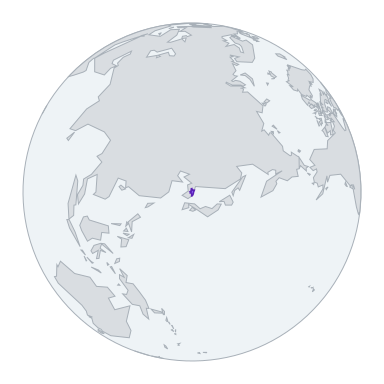 Gangwon on an orthographic globe, rotated 47°
{"feature_id": "KOR-2496", "entity_name": "Gangwon", "entity_type": "Province", "adm_level": 1, "iso_a3": "KOR", "parent_name": "South Korea", "parent_adm1": "", "projection": "orthographic", "projection_center": [128.239, 37.618], "detail": "fine", "context": "on_globe", "style": "filled", "palette": "violet", "viewbox_px": 384, "rotation_deg": 47, "n_neighbors": 0, "source": "natural_earth", "source_scale": "10m", "svg_char_len": 12447}
<svg xmlns="http://www.w3.org/2000/svg" viewBox="0 0 384 384"><g transform="rotate(47 192 192)"><circle cx="192" cy="192" r="169" fill="#eef3f6" stroke="#a8b0b8"/><path d="M319.5,290.4L319.4,291.1L319.2,291.3L319.5,290.4ZM320.0,81.8L320.0,81.7L320.5,82.2L322.7,85.0L320.9,83.2L321.7,85.4L315.0,81.9L299.7,72.1L300.6,70.9L296.9,69.1L295.4,70.6L295.4,72.1L280.4,71.1L273.9,79.8L277.3,86.2L272.2,82.3L282.5,97.6L282.5,106.7L279.1,94.2L276.1,91.4L274.4,96.2L271.0,94.4L268.2,95.8L264.3,93.4L262.6,86.8L260.0,85.2L259.0,88.8L254.4,88.9L256.3,83.9L248.5,83.7L244.2,73.6L252.6,63.7L246.9,57.7L246.6,46.9L243.2,46.6L241.0,42.9L236.3,41.2L237.6,40.1L232.8,39.8L232.5,41.2L230.3,41.7L227.5,41.0L228.6,39.2L230.2,39.3L229.1,38.5L230.8,38.0L228.4,37.8L230.1,36.1L224.3,36.8L222.2,34.7L224.5,33.8L229.6,35.2L247.5,38.1L251.4,38.4L251.7,37.1L241.0,31.4L243.1,31.5L241.9,30.7L238.4,29.8L238.0,30.2L231.1,28.7L231.4,29.8L228.6,29.5L226.8,30.6L221.4,29.1L217.0,27.4L218.2,26.6L216.4,26.0L210.6,25.9L208.3,24.3L199.0,23.2L211.6,24.2L224.0,26.1L236.3,28.9L248.3,32.7L259.9,37.3L271.2,42.8L282.1,49.1L292.5,56.2L302.3,64.0L311.5,72.6L320.0,81.8ZM347.1,172.1L345.7,169.2L347.1,169.3L347.1,172.1ZM344.5,168.7L345.0,169.4L344.5,169.0L344.5,168.7ZM343.8,169.2L344.3,168.8L343.9,169.6L343.8,169.2ZM343.0,170.4L343.4,169.6L343.4,169.9L343.0,170.4ZM341.4,171.2L340.9,171.3L341.1,170.3L341.4,171.2ZM295.9,73.2L295.8,70.9L298.3,70.4L298.9,72.4L295.9,73.2ZM290.6,74.9L289.5,73.1L293.8,74.7L293.1,75.2L290.6,74.9ZM280.6,91.6L281.1,89.0L281.8,92.2L280.6,91.6ZM268.5,96.5L269.5,97.9L267.6,98.1L268.5,96.5ZM230.0,31.3L228.4,30.9L229.6,30.9L230.0,31.3ZM230.6,32.2L233.0,32.5L233.7,33.0L232.2,32.8L230.6,32.2ZM259.9,94.6L256.7,94.7L259.7,93.4L259.9,94.6ZM227.5,31.8L234.6,33.8L235.7,34.8L230.9,34.9L227.5,31.8ZM254.6,94.0L246.7,94.7L248.1,97.7L239.6,90.0L249.1,91.7L252.7,89.6L252.3,92.2L254.6,94.0ZM233.6,42.0L233.8,40.5L236.2,42.5L233.6,42.0ZM235.7,43.2L246.4,49.5L244.7,51.7L241.5,49.0L241.4,52.6L235.4,50.6L234.1,48.1L236.3,47.0L232.3,47.1L235.7,43.2ZM236.2,85.8L234.1,85.2L236.0,84.6L236.2,85.8ZM229.6,42.0L231.9,42.9L230.6,44.9L225.8,43.3L227.7,43.2L229.6,42.0ZM244.4,54.7L242.6,56.1L237.2,54.7L235.8,55.1L235.1,50.7L244.4,54.7ZM226.6,42.4L223.3,42.6L221.4,41.1L227.2,41.2L226.6,42.4ZM232.3,46.0L231.5,46.9L230.4,45.9L232.3,46.0ZM212.7,36.4L215.5,37.2L215.1,38.2L212.7,36.4ZM222.3,42.7L223.0,43.3L223.1,43.8L220.6,43.7L222.3,42.7ZM231.4,50.2L229.5,49.4L231.4,51.9L227.4,51.2L227.7,48.5L225.9,49.3L224.7,49.2L226.2,47.2L231.4,50.2ZM218.5,45.3L217.5,42.0L212.4,40.1L212.7,39.1L220.8,42.4L218.5,45.3ZM222.9,46.6L220.3,45.5L221.9,44.6L224.7,44.8L222.9,46.6ZM224.6,51.7L230.6,53.5L230.4,54.1L224.6,51.7ZM216.7,44.9L217.0,45.7L216.2,44.8L216.7,44.9ZM221.8,49.8L224.0,50.2L223.6,50.9L221.8,49.8ZM215.8,47.1L215.5,45.9L217.4,46.0L215.8,47.1ZM218.3,48.4L217.3,49.2L218.3,46.7L219.3,48.5L218.3,48.4ZM221.1,50.3L221.6,50.8L220.3,50.0L221.1,50.3ZM208.7,47.8L209.5,44.7L213.7,44.6L212.4,47.7L208.7,47.8ZM80.1,65.4L74.2,71.4L71.8,74.0L67.9,77.5L54.1,95.3L56.0,94.5L48.9,109.0L47.6,116.3L56.5,109.1L58.8,96.9L64.4,90.3L66.9,96.1L65.7,107.7L67.9,105.6L73.1,95.0L77.4,94.8L75.4,91.2L72.8,94.8L71.6,92.8L73.8,89.5L75.2,89.4L76.9,85.5L69.7,87.5L66.3,91.4L67.8,84.3L62.3,90.2L61.1,90.0L69.9,80.1L72.5,78.3L85.2,65.6L82.6,66.8L70.5,79.0L72.3,76.6L68.6,79.0L72.8,75.3L86.7,62.3L91.1,57.2L89.4,57.8L107.1,45.9L98.4,51.7L101.4,50.2L110.2,45.2L106.3,47.9L108.6,46.9L105.4,49.6L107.4,50.8L105.1,53.6L112.3,51.9L112.1,53.3L107.9,53.8L103.8,55.9L98.8,64.0L99.7,64.9L104.8,63.3L102.8,66.0L108.4,63.5L108.7,67.9L112.9,60.6L119.0,59.2L122.7,61.0L125.4,59.3L119.5,56.6L116.4,56.7L112.5,58.9L104.9,59.0L105.2,56.8L116.1,52.2L117.8,48.8L125.6,47.3L136.9,54.8L138.3,59.5L127.3,70.3L123.3,69.8L125.2,65.5L117.6,70.9L121.0,69.8L119.3,72.2L124.7,72.1L123.8,73.8L130.5,70.8L130.0,73.0L125.8,74.9L133.3,77.1L133.9,81.8L136.0,81.5L138.2,79.8L137.6,87.2L139.2,86.7L140.0,84.1L143.7,81.4L150.1,79.8L149.5,82.4L147.1,83.4L141.3,89.6L135.1,92.0L135.5,93.0L140.8,91.5L147.9,83.9L151.9,82.2L149.1,85.9L150.4,84.4L152.2,84.4L153.5,87.0L156.8,83.1L177.4,81.3L181.9,86.7L177.1,89.8L190.9,92.8L195.0,99.5L195.7,96.9L202.8,97.2L201.7,95.0L202.6,93.8L220.3,94.6L224.1,97.2L232.5,95.5L232.9,94.2L230.6,92.2L239.6,90.0L248.1,97.7L246.8,100.0L253.0,103.7L249.2,108.6L248.8,114.6L241.0,118.5L241.4,123.3L243.8,124.3L246.2,131.9L242.8,145.0L235.0,130.1L238.0,111.6L235.9,118.5L233.2,115.9L230.5,117.8L229.3,123.1L231.1,124.3L213.0,128.7L203.7,141.9L212.0,142.6L215.5,147.7L212.2,165.4L190.4,185.7L194.9,194.4L194.1,199.5L187.7,201.5L188.7,194.1L183.8,190.4L185.4,186.2L175.6,187.6L177.3,181.7L168.8,186.1L170.3,191.4L178.3,192.1L170.1,198.9L176.1,208.9L175.0,219.0L158.7,233.1L144.8,234.8L143.6,237.6L139.0,232.7L131.5,236.5L138.8,255.8L138.0,260.4L126.5,265.8L126.5,262.3L114.5,249.4L111.1,259.5L120.2,271.9L123.3,283.2L115.8,277.5L112.8,267.3L108.6,262.4L110.5,253.5L108.6,237.5L101.1,237.1L102.5,231.5L98.6,216.3L88.3,215.1L71.4,221.8L67.7,235.3L62.5,238.1L59.4,212.4L62.1,197.5L58.5,195.7L57.4,178.5L48.2,164.4L49.2,159.7L47.0,158.5L46.6,150.4L49.0,143.1L47.7,140.2L42.0,159.6L43.6,162.9L48.2,161.2L46.0,167.1L46.6,176.3L37.7,181.2L27.8,171.9L30.7,161.0L43.2,123.3L45.0,121.2L45.2,120.9L45.6,120.2L42.8,123.0L46.2,116.3L35.4,139.6L31.9,148.0L27.6,172.2L27.1,172.7L26.9,179.0L30.9,186.6L30.1,189.8L25.8,199.1L23.4,203.7L23.0,191.8L23.5,179.9L24.7,168.1L26.8,156.4L29.8,144.8L33.5,133.5L38.0,122.5L43.3,111.8L49.3,101.5L56.0,91.7L63.4,82.4L71.5,73.6L80.1,65.4ZM60.5,125.9L62.4,133.3L68.4,124.2L69.6,126.4L71.2,122.7L68.8,123.5L73.7,114.0L77.0,115.5L80.3,112.4L79.8,109.8L73.0,108.8L65.9,122.1L62.6,122.9L60.5,125.9ZM124.7,39.9L121.4,41.5L119.5,41.7L122.4,39.3L125.3,38.8L124.7,39.9ZM117.2,43.8L127.3,40.6L125.9,42.3L125.0,41.8L123.0,43.3L121.0,42.9L109.8,48.3L107.4,48.9L114.2,43.3L113.3,44.6L116.5,42.8L117.2,43.8ZM155.5,32.7L159.9,32.3L151.1,36.5L148.1,36.5L150.8,33.7L156.0,32.2L155.5,32.7ZM217.8,32.1L220.0,32.4L219.7,32.8L217.6,32.8L217.8,32.1ZM214.0,36.7L207.7,31.5L210.0,31.5L203.6,29.0L207.0,28.1L211.0,29.6L208.9,27.3L213.9,28.4L211.8,26.9L220.3,30.4L224.7,31.6L218.5,30.6L215.3,31.3L215.2,32.0L218.2,35.0L226.0,38.3L224.1,39.9L220.6,40.2L218.4,39.6L220.4,38.7L216.0,38.7L217.2,36.9L214.0,36.7ZM181.0,48.0L184.2,46.2L175.7,47.7L176.8,45.2L175.8,45.5L174.5,43.7L171.1,42.2L172.4,41.2L170.5,41.1L169.6,40.0L167.5,39.6L169.1,37.7L166.6,37.1L168.7,36.6L164.0,36.1L168.2,35.7L167.5,34.5L163.8,35.6L177.5,28.3L179.9,26.3L179.7,25.1L187.0,25.0L191.8,26.3L194.5,28.7L191.1,30.9L195.0,30.7L194.5,31.7L191.6,31.5L195.8,32.6L194.6,33.5L197.0,36.8L203.7,38.3L204.8,39.8L201.6,39.6L204.8,41.2L199.5,42.0L200.1,43.2L195.5,45.3L188.9,44.7L190.1,46.1L186.6,48.1L181.0,48.0ZM207.3,48.3L199.2,47.8L195.8,46.2L205.3,43.2L205.5,42.0L211.4,40.5L216.2,42.8L214.0,43.0L213.1,43.8L212.0,42.7L212.1,44.1L209.2,44.5L208.5,45.8L206.0,45.2L207.3,48.3ZM72.2,74.2L70.9,75.9L69.6,77.9L67.3,79.6L72.2,74.2ZM81.6,65.2L80.9,66.2L77.0,69.2L78.3,67.7L81.6,65.2ZM83.8,64.3L81.1,66.0L83.4,64.2L83.8,64.3ZM107.6,54.7L107.2,55.8L105.9,56.4L104.6,56.4L107.6,54.7ZM156.0,53.2L158.4,52.1L159.1,52.5L165.2,51.7L164.8,53.7L161.0,55.0L156.0,53.2ZM55.0,108.6L53.5,108.3L54.5,106.2L54.8,106.7L55.0,108.6ZM59.2,92.9L56.7,97.6L58.6,93.3L59.2,92.9ZM156.7,55.3L159.2,54.7L157.4,56.1L156.7,55.3ZM164.8,55.2L163.3,56.8L165.5,53.9L164.8,55.2ZM30.1,240.4L29.8,239.1L32.7,248.2L32.7,248.4L30.1,240.4ZM165.2,314.6L170.4,315.9L170.2,316.4L165.2,314.6ZM159.7,311.8L165.5,312.9L158.7,312.8L159.7,311.8ZM167.9,313.3L173.9,313.1L176.4,312.5L176.0,313.6L167.9,313.3ZM155.7,311.1L134.8,306.1L126.8,302.3L128.5,300.7L141.6,304.8L155.7,311.1ZM127.9,300.5L115.8,290.4L100.5,265.4L106.0,268.0L122.2,285.7L121.1,287.3L128.4,294.5L127.9,300.5ZM157.8,296.4L156.7,302.0L145.0,299.0L139.8,296.8L136.2,288.4L138.2,285.0L142.4,286.2L159.7,276.3L165.5,280.8L160.0,285.6L164.9,291.7L157.8,296.4ZM68.1,237.0L70.0,247.3L67.3,246.9L68.1,237.0ZM167.3,267.7L159.9,272.7L166.9,265.6L167.3,267.7ZM171.8,260.5L171.9,263.8L169.4,260.2L171.8,260.5ZM142.8,242.1L138.3,241.7L138.5,239.3L144.4,238.5L142.8,242.1ZM174.1,227.4L172.8,234.5L171.6,236.8L170.1,232.1L174.1,227.4ZM157.2,74.3L149.1,72.8L143.1,73.7L139.3,76.9L141.2,72.0L150.5,70.6L157.2,74.3ZM175.0,80.0L178.2,77.6L179.1,79.4L178.5,80.2L175.0,80.0ZM175.3,78.1L174.9,73.9L178.3,73.0L177.9,76.4L175.3,78.1ZM165.4,63.8L163.1,63.1L164.6,61.9L165.4,63.8ZM269.0,342.4L280.4,335.9L282.7,334.6L281.9,335.1L269.0,342.4ZM229.5,355.4L228.4,354.2L235.8,352.8L233.5,354.4L229.5,355.4ZM284.3,333.5L285.1,332.8L289.3,329.7L290.1,328.1L290.6,328.8L294.8,326.0L285.2,332.9L284.3,333.5ZM199.8,349.7L167.5,352.0L160.1,350.3L161.2,348.5L153.0,340.4L155.3,341.0L152.9,335.4L171.6,333.4L184.7,324.8L195.9,326.2L203.9,318.8L215.7,319.4L212.6,325.5L225.4,328.8L232.9,315.0L241.8,328.2L251.7,331.1L255.8,337.3L241.7,349.4L232.7,352.4L230.5,352.1L226.9,353.4L220.6,353.8L216.1,351.4L212.6,352.5L215.6,350.1L210.7,352.4L207.0,350.5L199.8,349.7ZM284.8,316.6L286.8,316.2L290.2,316.8L287.0,317.7L284.8,316.6ZM314.5,296.0L315.6,296.3L313.4,297.8L314.5,296.0ZM319.2,291.3L316.7,293.4L319.5,290.4L319.2,291.3ZM294.2,305.8L295.3,306.1L294.5,306.7L294.2,305.8ZM293.4,305.8L294.4,304.1L294.4,305.4L293.4,305.8ZM283.5,301.6L284.6,300.5L285.2,301.0L283.5,301.6ZM178.1,316.9L185.3,313.6L189.4,313.6L178.1,316.9ZM281.7,300.5L278.8,301.2L279.0,300.3L281.7,300.5ZM281.8,298.6L281.4,297.6L283.4,299.7L281.8,298.6ZM276.1,297.5L279.7,298.7L275.7,297.9L276.1,297.5ZM274.0,298.3L271.4,298.0L271.6,297.6L274.0,298.3ZM245.9,304.7L255.4,310.3L248.0,311.1L239.6,307.8L233.4,312.3L219.2,312.2L222.3,309.7L220.3,305.8L205.9,304.1L203.0,301.4L208.1,299.8L198.7,297.2L208.9,296.4L213.2,302.0L219.0,297.7L229.3,298.6L239.4,299.8L247.8,302.9L245.9,304.7ZM209.2,308.3L211.0,308.4L209.4,309.9L209.2,308.3ZM266.5,296.1L270.2,297.9L269.8,298.6L268.0,298.6L266.5,296.1ZM249.7,301.8L258.7,296.2L260.8,295.9L254.9,301.8L249.7,301.8ZM256.4,293.6L260.6,293.6L262.9,295.8L262.1,296.6L256.4,293.6ZM188.4,302.3L188.0,303.7L185.4,302.3L188.4,302.3ZM191.7,301.6L199.6,303.8L191.0,302.9L191.7,301.6ZM168.3,293.6L170.5,297.6L177.6,296.2L172.2,298.8L177.1,305.3L175.6,307.3L170.7,300.3L169.2,306.6L166.1,306.0L164.2,300.1L167.3,293.7L170.4,291.2L183.2,291.6L168.3,293.6ZM191.6,297.2L189.5,292.7L191.1,290.0L193.3,292.5L191.6,297.2ZM183.7,281.5L178.5,275.6L173.5,276.9L183.8,270.8L187.0,277.5L183.7,281.5ZM179.7,269.3L175.0,270.5L180.0,266.8L179.7,269.3ZM173.9,268.6L173.7,264.7L177.2,265.8L173.9,268.6ZM182.0,269.8L183.3,263.5L184.9,267.5L182.0,269.8ZM172.9,256.0L180.0,263.4L170.3,259.2L171.0,246.5L175.3,246.9L172.9,256.0ZM203.8,206.2L203.4,202.2L207.6,201.7L206.7,204.5L203.8,206.2ZM220.8,197.5L208.6,200.3L198.7,202.9L201.3,205.0L198.2,211.3L194.9,204.7L202.5,198.2L209.8,197.5L211.8,192.0L217.8,188.7L217.9,181.7L220.8,178.9L222.9,185.1L220.8,197.5ZM217.7,178.7L220.1,166.6L227.5,168.8L228.6,172.0L224.4,176.5L220.7,175.0L217.7,178.7ZM222.8,164.4L219.3,163.0L215.5,144.6L216.5,141.4L223.3,156.0L220.4,155.5L220.0,159.8L222.8,164.4ZM234.2,86.6L234.1,85.3L235.6,86.5L234.2,86.6ZM201.7,92.7L203.2,91.3L204.9,92.6L201.7,92.7ZM208.2,88.3L205.3,87.7L208.6,87.2L208.2,88.3ZM198.6,86.9L204.2,87.0L198.5,88.5L198.6,86.9Z" fill="#d9dde1" stroke="#a8b0b8" stroke-width="1"/><path d="M191.4,190.0L191.5,190.0L191.7,189.9L191.8,189.8L192.0,189.7L192.1,189.4L192.1,189.2L192.3,189.0L192.5,189.4L192.5,189.5L192.7,190.0L192.9,190.4L192.9,190.5L193.0,190.6L193.4,191.2L193.6,191.5L193.8,191.6L193.9,191.8L193.9,192.0L194.0,192.1L194.1,192.3L194.3,192.6L194.4,192.8L194.6,193.0L194.6,193.3L194.8,193.6L194.8,193.8L194.8,194.1L194.9,194.5L194.8,194.8L194.7,194.9L194.6,195.0L194.5,194.9L194.5,194.7L194.4,194.6L194.5,194.5L194.5,194.4L194.3,194.3L194.2,194.3L194.2,194.2L194.0,193.9L194.1,193.7L193.9,193.7L193.7,193.7L193.4,193.6L193.2,193.6L193.2,193.8L192.9,193.7L192.7,193.6L192.4,193.6L192.2,193.5L192.1,193.4L191.9,193.2L191.8,193.3L191.7,193.3L191.4,193.2L191.2,193.3L191.3,193.4L191.2,193.4L191.2,193.5L191.0,193.3L190.8,193.4L190.5,193.4L190.6,193.2L190.7,192.9L190.9,192.6L190.9,192.4L191.0,192.4L191.0,192.2L190.9,192.2L190.7,192.1L190.4,192.1L190.4,191.9L190.4,191.7L190.5,191.4L190.6,191.2L190.4,191.1L190.2,191.0L190.2,190.9L190.2,190.7L189.9,190.7L189.7,190.5L189.6,190.4L189.6,190.5L189.4,190.6L189.3,190.4L189.2,190.4L189.1,190.2L189.3,190.0L189.5,190.0L189.6,189.9L190.0,189.9L190.2,190.0L190.3,190.0L190.4,189.9L190.9,189.9L190.9,190.0L191.0,190.0L191.4,190.0Z" fill="#8b5cf6" stroke="#5b21b6" stroke-width="1.5"/></g></svg>